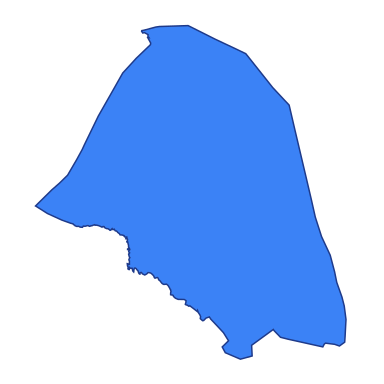 the district of San Cristóbal Amoltepec, Oaxaca, Mexico, rotated 271°
{"feature_id": "50627088B93065447569005", "entity_name": "San Cristóbal Amoltepec", "entity_type": "district", "adm_level": 2, "iso_a3": "MEX", "parent_name": "Mexico", "parent_adm1": "Oaxaca", "projection": "albers", "projection_center": [-97.593, 17.286], "detail": "fine", "context": "isolated", "style": "filled", "palette": "blue", "viewbox_px": 384, "rotation_deg": 271, "n_neighbors": 0, "source": "geoboundaries", "source_scale": "gbopen_adm2", "svg_char_len": 3599}
<svg xmlns="http://www.w3.org/2000/svg" viewBox="0 0 384 384"><g transform="rotate(271 192 192)"><path d="M356.3,152.9L352.9,141.0L352.5,139.0L351.8,138.8L350.1,140.0L350.5,141.7L348.6,145.3L346.9,145.2L345.5,146.3L345.5,145.1L340.2,148.1L338.6,147.9L324.7,133.9L317.9,127.9L309.8,120.7L291.0,110.5L266.3,97.0L255.5,92.0L237.4,83.6L232.6,81.5L222.3,76.1L206.6,67.3L205.4,66.1L198.4,59.2L191.8,51.9L177.9,38.3L175.3,35.8L168.0,47.8L161.5,62.7L159.0,70.2L158.7,70.9L158.1,73.6L157.4,74.0L156.7,75.4L156.3,75.5L155.6,77.2L155.7,79.4L155.2,80.1L154.9,81.2L154.8,83.1L156.0,83.9L155.9,85.1L156.0,86.4L156.6,87.8L156.5,88.5L156.5,89.1L155.9,89.9L156.0,90.7L156.6,91.7L156.4,92.4L157.0,93.5L157.6,95.3L157.1,95.6L157.2,97.2L156.7,99.3L156.2,100.6L155.3,102.6L155.6,102.7L155.9,103.6L155.9,104.6L155.8,104.8L155.0,105.0L154.4,106.1L153.9,107.2L153.8,108.6L153.1,109.8L152.3,110.7L152.4,111.4L154.0,112.8L153.1,113.4L153.0,114.0L153.5,114.8L151.8,116.0L151.7,117.1L151.0,117.9L150.3,118.4L149.1,120.1L147.9,120.8L147.8,122.1L147.9,122.4L147.5,123.9L147.3,124.6L146.9,125.1L146.4,125.0L145.9,125.7L145.6,126.6L145.9,127.0L145.8,127.4L145.7,127.7L144.6,127.3L144.4,126.7L144.1,126.6L144.0,127.0L144.2,127.5L144.2,128.0L143.5,128.4L141.8,128.1L141.3,127.7L141.0,127.7L140.8,127.9L140.9,128.6L139.0,129.0L138.7,129.1L137.9,129.4L136.6,129.5L135.8,129.5L134.8,130.2L133.9,128.6L133.5,128.6L133.6,129.0L134.2,130.0L134.0,130.5L133.5,130.8L132.9,130.6L132.1,129.6L130.7,130.0L130.1,130.7L129.4,130.4L129.2,130.0L128.8,129.7L125.9,130.5L125.5,130.9L125.4,131.0L123.9,130.3L123.4,130.1L122.6,130.2L121.9,130.7L121.1,130.6L118.6,130.7L118.5,130.2L119.0,129.4L119.2,128.7L118.5,128.8L118.6,128.6L117.1,128.8L116.7,128.9L116.2,129.2L116.1,129.4L114.6,129.4L115.4,130.5L115.1,130.5L114.4,129.3L114.2,129.3L113.5,129.9L113.4,130.3L113.4,130.7L114.3,130.7L114.9,131.5L114.7,132.2L114.7,133.5L114.0,133.6L113.9,133.7L112.8,133.9L112.6,134.0L111.8,134.3L111.0,135.1L111.4,135.2L112.2,135.2L113.2,135.3L114.7,135.6L114.9,136.0L114.9,136.8L114.2,137.7L113.5,138.1L112.8,138.8L112.6,139.2L111.3,139.7L110.2,140.1L109.5,140.5L109.0,141.1L109.1,141.5L109.9,141.4L110.4,141.7L110.6,142.1L110.7,142.7L110.3,143.2L109.6,143.5L109.1,144.2L108.4,145.8L108.2,146.2L108.4,146.6L108.9,147.5L109.5,148.4L110.2,149.0L110.6,149.4L110.6,150.4L110.3,152.0L109.6,153.0L108.2,154.5L107.5,155.1L106.8,155.5L105.8,155.8L105.3,156.3L105.2,156.6L105.5,157.3L105.9,158.8L105.5,159.4L105.0,159.8L103.6,160.2L103.0,161.2L100.7,163.1L100.3,163.4L99.9,163.9L99.6,164.3L99.3,165.0L99.1,165.5L99.4,168.2L98.7,169.0L98.1,169.7L97.0,170.4L95.2,171.5L94.4,171.8L94.0,172.3L93.4,172.3L92.3,172.7L90.6,172.4L89.4,172.4L88.9,172.4L88.8,172.6L88.6,174.5L88.1,175.1L87.4,175.2L86.4,176.2L85.5,177.3L84.4,180.0L84.4,182.6L84.4,186.1L83.3,187.9L81.3,187.8L80.1,187.4L79.5,187.3L79.0,188.1L78.8,189.2L77.8,190.7L77.8,191.1L78.2,191.8L75.5,195.5L72.7,199.2L73.7,199.6L71.6,200.4L69.3,202.0L67.5,202.8L66.0,202.5L65.5,202.5L63.5,204.8L63.7,205.9L65.3,207.4L66.3,208.4L66.6,209.4L67.4,211.5L65.2,213.0L57.0,221.0L51.9,225.9L43.9,231.1L39.7,227.0L37.6,224.9L31.9,228.1L25.7,243.3L29.1,255.0L39.8,254.3L56.0,275.7L54.9,276.4L48.3,283.0L46.5,290.6L39.4,325.5L42.2,326.9L43.2,328.1L42.2,337.3L40.6,342.1L44.5,347.3L50.6,347.6L62.1,348.0L67.2,348.2L80.7,346.2L89.5,343.8L104.2,338.3L114.6,336.0L131.2,331.3L149.7,322.3L169.1,315.7L185.9,311.6L207.6,306.1L257.1,293.5L280.6,287.6L285.7,282.6L297.9,270.8L309.0,261.7L331.2,243.4L335.4,234.3L345.2,212.5L349.2,204.2L358.3,185.2L357.9,177.3L356.9,156.6L356.3,152.9Z" fill="#3b82f6" stroke="#1e3a8a" stroke-width="1.5"/></g></svg>